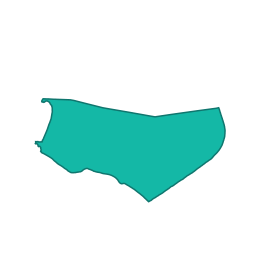 outline of Qishn, Al Mahrah, Yemen, rotated 136°
{"feature_id": "15242507B46563890594581", "entity_name": "Qishn", "entity_type": "district", "adm_level": 2, "iso_a3": "YEM", "parent_name": "Yemen", "parent_adm1": "Al Mahrah", "projection": "equal_earth", "projection_center": [51.542, 15.673], "detail": "fine", "context": "isolated", "style": "filled", "palette": "teal", "viewbox_px": 256, "rotation_deg": 136, "n_neighbors": 0, "source": "geoboundaries", "source_scale": "gbopen_adm2", "svg_char_len": 5680}
<svg xmlns="http://www.w3.org/2000/svg" viewBox="0 0 256 256"><g transform="rotate(136 128 128)"><path d="M48.7,79.6L50.7,80.8L66.6,92.5L81.3,103.2L86.8,107.2L99.5,116.3L100.8,117.2L103.9,121.4L110.4,130.4L112.6,133.4L115.4,137.3L128.4,155.0L132.1,160.1L142.0,176.0L147.8,185.4L149.9,188.3L154.9,193.5L158.5,197.2L158.6,197.3L160.4,199.2L161.6,200.4L164.9,204.0L166.6,205.7L168.7,207.9L169.2,208.0L169.8,207.8L170.5,207.6L171.1,207.4L171.6,207.0L171.8,206.7L171.6,206.1L170.8,205.6L170.8,205.0L170.2,204.7L169.6,204.6L169.0,204.7L168.1,204.2L167.5,203.8L167.1,202.9L166.9,202.2L166.7,201.6L166.8,200.8L166.8,200.4L166.9,199.9L167.2,199.4L167.3,198.2L167.5,196.7L167.9,196.3L168.2,195.6L168.8,194.8L170.1,193.5L171.3,192.1L172.5,191.3L174.8,189.6L176.8,188.1L178.8,187.1L180.6,186.2L182.3,185.5L185.0,184.1L186.9,183.1L189.6,181.9L195.8,179.3L197.2,178.6L197.8,178.7L198.6,178.2L199.3,178.1L199.4,177.8L199.6,177.9L199.7,178.1L199.9,178.2L200.2,178.4L200.6,178.8L201.0,179.0L201.3,179.4L201.5,179.6L201.8,179.8L202.1,180.3L202.1,180.6L202.4,180.9L202.8,181.4L203.2,181.3L203.4,181.6L203.6,181.9L203.9,182.3L204.3,181.7L205.0,181.4L205.3,181.3L205.5,181.2L205.5,180.9L205.2,180.5L204.8,180.3L204.6,180.1L204.4,179.8L204.3,179.0L204.9,177.9L205.0,177.6L205.3,177.3L205.2,176.7L204.7,176.6L204.4,176.3L204.2,176.1L204.2,175.4L204.4,174.6L204.6,174.6L204.9,174.1L205.0,173.9L205.2,173.5L205.4,173.0L205.6,172.8L205.8,172.6L206.1,172.4L206.4,172.1L206.6,172.1L207.0,171.9L206.9,171.5L206.9,171.0L207.3,170.6L207.2,170.3L207.0,169.6L206.7,168.9L206.4,168.1L206.2,167.5L206.0,166.8L205.8,166.2L205.6,165.4L205.4,164.8L205.2,164.1L205.0,163.3L204.8,162.7L204.6,162.0L204.3,160.7L204.1,160.0L204.0,159.2L203.8,158.6L203.8,157.9L203.8,157.1L203.8,156.4L203.8,155.7L203.7,155.0L203.6,154.3L203.5,153.6L203.5,152.8L203.4,152.0L203.4,151.3L203.2,150.7L203.1,150.0L202.9,149.2L202.7,148.5L202.5,147.8L202.3,147.1L201.9,145.1L201.8,144.4L201.7,143.5L201.6,142.8L201.4,142.1L201.2,141.4L201.0,140.7L201.0,140.0L201.0,139.3L200.9,138.6L200.7,137.9L200.5,137.2L200.3,136.5L200.1,135.8L199.8,135.3L199.3,134.8L198.9,134.3L198.5,133.9L198.0,133.5L197.5,133.1L197.0,132.7L196.6,132.3L196.0,132.0L195.5,131.6L194.9,131.3L194.5,130.9L194.0,130.6L193.5,130.3L193.1,129.9L192.5,129.5L192.0,129.3L191.2,129.1L190.7,129.0L190.2,129.0L189.6,129.0L189.0,128.9L188.4,128.8L187.9,128.7L187.4,128.4L186.9,128.3L186.4,128.0L185.9,127.7L185.4,127.2L185.0,126.6L184.8,125.9L184.6,125.3L184.2,124.7L183.9,124.1L183.6,123.4L183.3,122.7L183.0,122.0L182.8,121.3L182.6,120.6L182.2,120.1L181.9,119.5L181.5,118.8L181.2,118.2L180.8,117.8L180.7,117.6L180.4,117.1L180.0,116.6L179.5,116.0L179.1,115.4L178.8,114.8L178.4,114.2L178.1,113.4L177.7,112.8L177.4,112.3L176.9,111.7L176.5,111.2L176.1,110.6L175.7,110.2L175.3,109.6L174.9,109.1L174.5,108.5L174.1,107.9L173.7,107.3L173.4,106.7L173.1,106.1L172.8,105.4L172.5,104.8L172.3,104.0L172.0,103.2L171.8,102.4L171.6,101.7L171.5,100.9L171.4,100.1L171.4,99.4L171.4,98.7L171.4,98.0L171.5,97.3L171.7,96.7L171.8,95.9L172.0,95.1L172.0,94.4L171.9,93.5L171.6,92.8L171.3,92.3L170.8,91.9L170.2,91.6L169.6,91.1L169.2,90.7L168.8,90.1L168.6,89.4L168.5,88.7L168.3,88.0L168.1,87.4L167.9,86.7L167.7,86.1L167.5,85.3L167.4,84.7L167.2,84.0L167.0,83.2L166.8,82.5L166.7,81.9L166.5,81.0L166.3,80.2L166.1,79.5L166.0,78.6L165.9,78.0L165.8,77.1L165.7,76.4L165.6,75.6L165.5,74.9L165.4,74.1L165.2,73.2L165.1,72.5L165.0,71.6L164.9,70.6L164.8,69.9L164.7,69.0L164.6,68.2L164.6,67.3L164.6,66.6L164.6,65.7L164.5,65.0L164.5,64.3L164.5,63.3L164.4,62.5L164.4,61.7L164.4,61.0L164.3,60.6L163.7,60.5L162.9,60.3L162.3,60.1L161.8,59.9L161.2,59.8L160.6,59.8L160.0,59.8L159.4,59.7L158.7,59.6L157.9,59.4L157.0,59.1L156.5,59.0L155.8,58.9L155.2,58.8L154.5,58.7L153.8,58.5L153.1,58.3L152.4,58.3L151.7,58.1L151.2,58.0L150.6,57.8L150.0,57.7L149.3,57.5L148.8,57.4L148.2,57.3L147.6,57.2L147.0,57.2L146.5,57.1L145.8,57.0L144.9,56.9L144.2,56.8L143.6,56.7L142.9,56.5L141.8,56.4L141.2,56.2L140.7,56.1L140.1,56.1L139.5,56.1L138.9,56.0L138.2,56.0L137.6,55.9L137.0,55.6L136.5,55.4L136.0,55.3L135.3,55.1L134.8,55.0L134.0,55.0L132.7,54.8L132.1,54.7L131.5,54.6L130.8,54.5L130.0,54.4L129.1,54.3L128.6,54.2L127.9,54.0L127.2,53.9L126.7,53.8L126.1,53.7L125.5,53.5L124.9,53.3L124.4,53.2L123.7,53.0L123.1,53.0L122.3,53.0L122.0,52.9L121.6,52.9L120.9,52.8L120.2,52.7L119.6,52.6L119.1,52.6L118.4,52.5L118.0,52.4L117.7,52.3L116.7,52.0L116.1,52.0L115.6,51.8L115.0,51.7L114.4,51.6L113.7,51.4L113.0,51.2L112.5,51.1L111.8,51.1L111.3,51.0L110.6,50.9L110.1,50.8L109.5,50.8L108.8,50.7L108.1,50.7L107.4,50.6L106.9,50.6L106.2,50.5L105.5,50.4L104.8,50.3L104.0,50.1L103.3,50.0L102.6,49.9L101.9,49.9L101.2,49.7L100.5,49.6L99.9,49.6L99.2,49.5L98.5,49.4L98.3,49.3L98.0,49.3L97.1,49.2L96.4,49.2L95.7,49.1L95.1,49.0L94.5,48.8L93.9,48.7L93.3,48.6L92.8,48.6L92.1,48.5L91.5,48.4L90.8,48.2L90.2,48.1L89.4,48.0L88.7,48.0L88.0,48.1L87.3,48.1L86.8,48.2L86.3,48.3L85.7,48.3L85.1,48.4L83.7,48.4L82.7,48.4L81.6,48.4L81.0,48.5L80.4,48.5L79.8,48.6L79.2,48.7L78.7,48.7L78.0,48.8L77.2,49.0L76.7,49.1L76.1,49.2L75.5,49.4L75.0,49.5L74.4,49.7L73.8,49.9L73.1,50.1L72.4,50.3L71.6,50.7L71.0,51.0L70.2,51.4L69.6,51.7L68.9,52.1L68.3,52.5L67.7,52.7L67.1,53.1L66.6,53.4L66.0,53.7L65.5,54.0L65.0,54.3L64.4,54.7L63.8,55.2L63.3,55.7L62.7,56.2L62.2,56.6L61.7,57.1L61.3,57.5L61.2,57.6L60.8,58.0L60.5,58.2L60.1,58.6L59.2,59.7L58.8,60.3L58.4,60.9L58.0,61.4L57.6,61.9L57.3,62.5L56.8,63.2L56.5,63.8L56.2,64.4L55.9,64.9L55.6,65.5L55.3,66.2L54.9,66.8L54.6,67.5L54.3,68.1L54.0,68.8L53.6,69.4L53.3,70.1L53.0,70.9L52.6,71.5L52.3,72.2L52.0,72.9L51.7,73.5L51.3,74.2L50.9,74.9L50.6,75.7L50.2,76.4L49.9,77.0L49.6,77.5L49.3,78.2L49.0,78.9L48.7,79.6Z" fill="#14b8a6" stroke="#0f766e" stroke-width="1.5"/></g></svg>